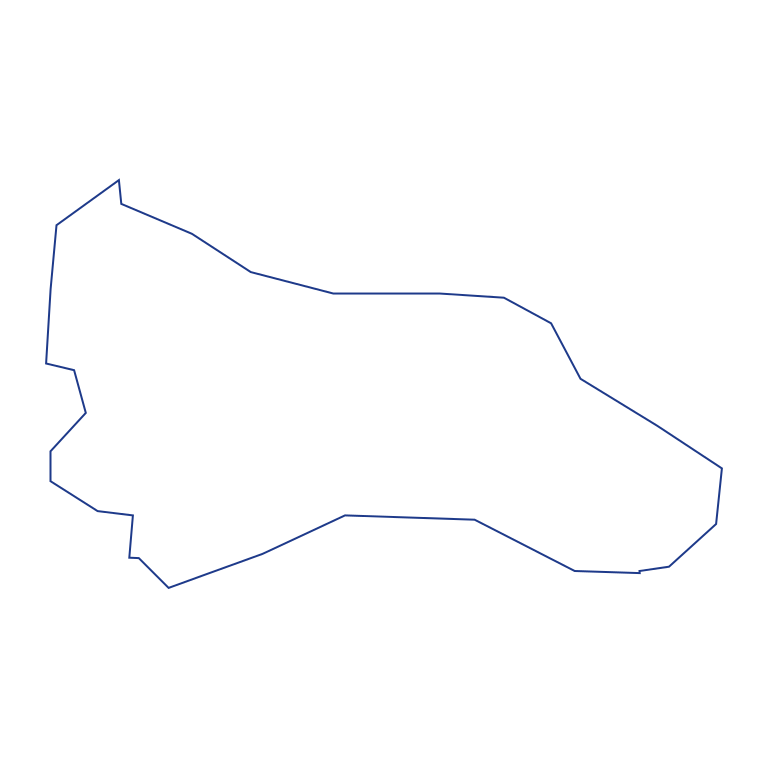 outline of Staffanstorp, Skåne, Sweden
{"feature_id": "70781695B74587424027080", "entity_name": "Staffanstorp", "entity_type": "district", "adm_level": 2, "iso_a3": "SWE", "parent_name": "Sweden", "parent_adm1": "Skåne", "projection": "natural_earth1", "projection_center": [13.236, 55.68], "detail": "fine", "context": "isolated", "style": "outline", "palette": "blue", "viewbox_px": 768, "rotation_deg": 0, "n_neighbors": 0, "source": "geoboundaries", "source_scale": "gbopen_adm2", "svg_char_len": 515}
<svg xmlns="http://www.w3.org/2000/svg" viewBox="0 0 768 768"><path d="M118.9,180.1L56.5,225.2L50.6,289.2L46.1,363.5L74.1,370.2L85.8,412.9L50.5,451.3L50.5,481.2L97.6,511.1L132.9,515.4L129.3,557.7L138.8,558.1L168.6,587.9L203.6,575.2L262.5,553.9L345.0,515.4L474.6,519.7L574.7,571.0L639.7,573.1L639.5,571.0L669.0,566.7L716.1,524.0L721.9,468.4L657.1,425.7L580.5,378.8L551.1,323.3L503.9,297.7L439.2,293.5L333.2,293.5L250.8,272.1L191.9,233.8L121.3,203.9L118.9,180.1Z" fill="none" stroke="#1e3a8a" stroke-width="2"/></svg>